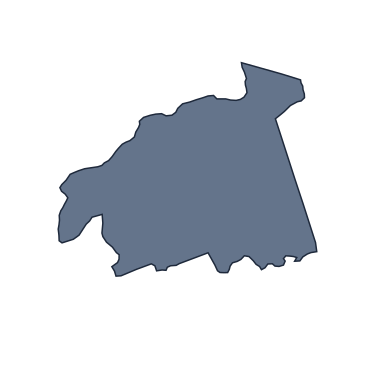 the district of São Sebastião, Alagoas, Brazil, rotated 249°
{"feature_id": "56859067B68585195821070", "entity_name": "São Sebastião", "entity_type": "district", "adm_level": 2, "iso_a3": "BRA", "parent_name": "Brazil", "parent_adm1": "Alagoas", "projection": "natural_earth1", "projection_center": [-36.551, -9.955], "detail": "fine", "context": "isolated", "style": "filled", "palette": "slate", "viewbox_px": 384, "rotation_deg": 249, "n_neighbors": 0, "source": "geoboundaries", "source_scale": "gbopen_adm2", "svg_char_len": 1924}
<svg xmlns="http://www.w3.org/2000/svg" viewBox="0 0 384 384"><g transform="rotate(249 192 192)"><path d="M151.0,90.4L145.9,91.3L140.7,90.9L139.2,95.7L139.7,112.5L139.5,128.3L136.4,130.9L131.1,130.7L129.9,136.1L128.2,139.7L130.6,142.0L130.8,145.6L129.2,150.9L129.7,154.4L129.6,168.7L129.5,185.2L115.5,187.2L109.3,187.6L106.8,189.3L105.2,193.0L104.0,196.4L106.4,199.1L109.1,201.0L111.4,204.4L111.0,209.3L111.5,213.4L113.7,218.0L111.3,222.1L105.8,224.6L101.5,225.9L98.2,228.4L94.6,229.0L95.1,233.0L97.6,237.0L96.2,241.3L93.1,242.9L91.3,246.6L91.0,251.2L94.1,254.2L97.0,253.5L98.8,256.7L97.1,260.4L95.4,263.6L93.3,266.3L90.6,263.0L89.0,268.0L91.7,272.2L92.8,277.5L92.8,281.4L91.6,287.1L100.5,289.2L141.5,291.5L150.5,291.9L167.5,292.7L213.5,295.2L230.5,296.1L232.3,301.8L234.1,307.1L237.5,314.9L238.5,322.7L237.9,326.5L239.7,330.8L243.3,332.0L247.7,332.3L251.2,333.3L254.8,332.9L257.8,333.5L270.1,317.9L295.0,284.5L290.3,283.5L285.1,283.9L278.4,283.5L276.1,281.2L272.7,280.2L269.3,279.9L265.0,278.9L261.9,274.5L261.1,270.3L261.7,266.1L264.0,261.0L266.8,256.9L268.2,253.3L270.0,248.6L274.4,246.7L275.9,241.4L276.1,235.7L276.6,229.1L276.8,222.1L277.7,214.8L275.2,208.7L272.2,205.4L270.9,200.8L272.4,195.1L276.0,191.7L277.7,186.1L278.6,180.5L279.0,173.5L276.9,168.2L273.9,167.5L271.4,165.2L268.1,161.0L264.0,157.9L262.2,152.4L262.2,148.3L261.6,144.0L259.1,138.9L257.1,135.3L253.7,130.2L251.2,125.4L250.6,120.6L249.1,117.4L249.3,113.1L251.1,105.1L252.2,100.1L252.5,93.7L252.4,89.2L252.2,84.6L248.1,78.7L245.6,73.1L243.4,70.2L239.4,70.5L235.4,72.9L231.1,74.0L228.6,71.4L226.2,68.5L223.6,65.7L221.5,62.8L217.8,59.7L213.2,58.2L209.1,56.1L205.3,53.8L199.4,52.3L194.1,50.5L191.1,52.4L190.4,64.3L192.2,71.1L199.9,81.7L201.7,86.1L204.3,89.6L203.3,100.1L194.9,97.6L185.9,93.2L182.3,92.8L175.8,94.2L172.4,96.1L169.0,98.0L162.5,99.7L159.6,101.5L155.4,99.8L152.8,97.2L151.0,90.4Z" fill="#64748b" stroke="#1e293b" stroke-width="1.5"/></g></svg>